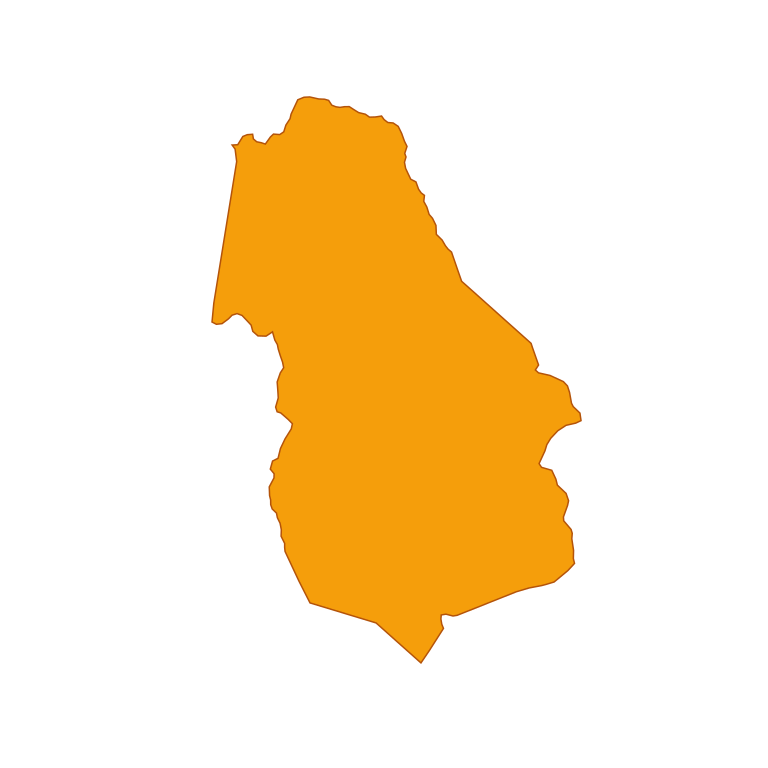 the district of Mirandiba, Pernambuco, Brazil, rotated 213°
{"feature_id": "56859067B27130243825859", "entity_name": "Mirandiba", "entity_type": "district", "adm_level": 2, "iso_a3": "BRA", "parent_name": "Brazil", "parent_adm1": "Pernambuco", "projection": "natural_earth1", "projection_center": [-38.712, -8.157], "detail": "fine", "context": "isolated", "style": "filled", "palette": "amber", "viewbox_px": 768, "rotation_deg": 213, "n_neighbors": 0, "source": "geoboundaries", "source_scale": "gbopen_adm2", "svg_char_len": 2247}
<svg xmlns="http://www.w3.org/2000/svg" viewBox="0 0 768 768"><g transform="rotate(213 384 384)"><path d="M611.1,575.4L608.9,559.7L607.3,555.4L607.3,547.7L605.4,540.9L607.3,536.4L612.8,533.4L613.8,529.3L614.2,520.6L618.4,519.5L622.7,517.8L627.0,518.4L630.2,521.9L634.5,518.6L637.2,514.7L637.0,505.0L641.5,501.7L636.8,499.9L628.7,490.3L570.8,359.2L562.0,342.3L557.1,342.8L552.7,346.4L549.9,354.0L548.9,359.0L545.6,363.0L540.4,364.2L532.2,362.2L527.5,361.0L522.7,356.7L515.9,355.7L509.0,359.9L505.9,367.0L499.5,361.4L494.9,359.0L491.6,355.6L486.3,351.2L481.0,347.1L477.0,343.0L477.0,336.8L474.7,327.5L471.7,323.6L468.6,319.5L465.1,314.7L462.3,305.6L458.5,302.5L454.9,303.5L445.0,302.1L439.2,300.8L437.3,295.8L437.1,284.1L435.7,273.5L432.4,264.0L435.5,258.7L433.0,250.7L427.3,248.9L425.1,245.3L424.2,235.2L421.5,231.4L419.2,228.1L415.9,225.0L413.3,221.1L409.7,218.3L403.9,217.2L400.6,213.8L395.3,210.6L390.7,205.8L387.4,200.3L380.5,196.2L378.3,192.8L375.8,189.7L348.2,172.5L326.8,160.1L260.5,179.3L233.2,175.1L201.1,170.2L200.8,185.0L201.0,211.4L204.7,214.0L208.3,217.9L210.2,221.5L206.7,224.7L199.8,227.0L196.7,229.8L159.9,281.8L151.2,292.0L142.0,300.8L139.0,304.1L133.5,310.6L128.2,327.6L126.5,337.3L130.1,340.7L134.4,347.7L142.2,356.5L144.8,361.3L147.9,363.9L158.7,367.1L161.1,370.2L163.9,382.1L165.6,386.6L171.7,391.4L183.5,393.6L188.0,397.8L196.3,403.0L206.5,399.9L210.6,401.7L212.6,415.6L214.4,421.8L214.6,429.2L212.8,439.4L208.8,448.5L201.9,455.6L198.8,460.6L203.8,466.3L213.0,468.1L216.3,470.0L223.8,478.0L229.1,482.3L234.8,483.7L249.4,481.6L260.5,477.5L264.7,478.2L264.7,484.1L279.2,495.3L282.8,498.2L362.9,510.6L374.8,512.4L384.5,519.9L399.2,531.4L403.7,532.0L407.8,533.4L413.7,536.4L421.6,538.0L426.8,545.3L433.6,549.4L438.5,550.8L444.4,555.7L450.1,558.8L452.8,564.2L456.9,564.5L461.1,566.2L467.3,570.9L473.1,570.3L478.8,573.8L483.3,576.6L487.6,581.1L489.2,586.4L492.2,588.7L494.1,595.8L499.0,598.7L505.7,603.8L512.4,607.8L518.5,607.9L523.2,605.4L527.9,605.8L532.0,607.4L536.6,603.3L541.5,599.9L546.6,600.1L553.1,597.8L558.8,597.7L564.2,597.7L568.1,595.1L571.6,592.0L575.3,590.3L579.6,589.4L584.9,591.7L588.9,590.5L594.0,587.5L598.3,585.9L602.6,584.3L607.3,580.9L611.1,575.4Z" fill="#f59e0b" stroke="#b45309" stroke-width="1.5"/></g></svg>